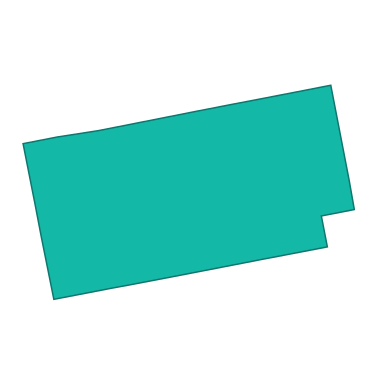 outline of Marathon, Wisconsin, United States of America, rotated 169°
{"feature_id": "52423323B47100062979933", "entity_name": "Marathon", "entity_type": "district", "adm_level": 2, "iso_a3": "USA", "parent_name": "United States of America", "parent_adm1": "Wisconsin", "projection": "natural_earth1", "projection_center": [-89.786, 44.901], "detail": "fine", "context": "isolated", "style": "filled", "palette": "teal", "viewbox_px": 384, "rotation_deg": 169, "n_neighbors": 0, "source": "geoboundaries", "source_scale": "gbopen_adm2", "svg_char_len": 428}
<svg xmlns="http://www.w3.org/2000/svg" viewBox="0 0 384 384"><g transform="rotate(169 192 192)"><path d="M36.0,143.8L35.5,173.0L35.4,270.3L86.0,270.3L103.3,270.3L136.4,270.4L170.5,270.4L272.3,270.1L313.6,271.7L348.6,271.7L348.4,208.2L348.5,176.8L348.3,145.4L348.1,113.0L290.4,112.9L271.5,112.7L204.3,112.5L136.3,112.5L113.7,112.4L69.6,112.3L69.6,143.8L36.0,143.8Z" fill="#14b8a6" stroke="#0f766e" stroke-width="1.5"/></g></svg>